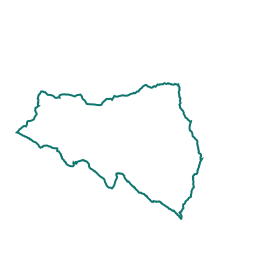 Socotá, Boyacá, Colombia (Mercator projection), rotated 302°
{"feature_id": "7082276B38564050638849", "entity_name": "Socotá", "entity_type": "district", "adm_level": 2, "iso_a3": "COL", "parent_name": "Colombia", "parent_adm1": "Boyacá", "projection": "mercator", "projection_center": [-72.569, 5.942], "detail": "fine", "context": "isolated", "style": "outline", "palette": "teal", "viewbox_px": 256, "rotation_deg": 302, "n_neighbors": 0, "source": "geoboundaries", "source_scale": "gbopen_adm2", "svg_char_len": 5748}
<svg xmlns="http://www.w3.org/2000/svg" viewBox="0 0 256 256"><g transform="rotate(302 128 128)"><path d="M126.0,63.5L124.6,59.2L123.6,58.0L123.0,56.4L122.0,54.9L120.0,52.9L118.8,52.8L118.0,53.2L117.5,53.8L117.1,52.6L115.8,51.6L115.3,50.9L115.1,49.8L115.5,48.2L115.6,46.9L114.6,44.1L113.7,42.6L113.7,42.2L113.7,41.6L114.5,38.8L113.8,37.8L113.9,36.3L112.7,34.9L110.8,35.2L110.2,35.2L109.1,34.7L108.4,35.0L107.5,35.0L106.4,35.6L105.0,35.9L105.0,36.3L104.3,37.2L102.4,38.0L102.0,38.5L101.7,38.3L100.9,38.7L100.6,38.7L100.0,39.4L99.3,39.8L99.5,40.5L98.0,40.0L96.9,39.6L96.3,38.9L96.0,39.0L93.9,39.8L92.7,41.4L92.1,42.5L91.2,43.3L90.7,43.2L87.9,43.0L86.2,43.5L85.4,43.5L83.7,42.6L81.7,40.9L81.3,39.9L80.4,39.3L79.3,39.4L77.6,40.3L76.5,40.6L75.3,40.7L74.7,39.0L74.1,38.4L70.2,37.2L69.2,36.7L67.6,36.7L65.3,36.1L65.9,38.1L65.7,39.9L66.0,41.6L65.8,42.8L66.3,44.0L66.1,45.2L66.7,46.7L66.4,48.2L67.0,49.7L66.9,50.1L66.4,50.5L66.4,50.9L66.9,52.1L66.3,54.2L66.9,57.3L66.2,61.0L65.3,62.1L64.9,64.2L65.9,64.8L66.4,65.5L67.1,65.4L67.6,65.7L68.4,66.0L69.0,67.1L69.6,67.6L70.4,69.1L70.4,70.5L71.2,72.2L71.2,72.7L70.9,73.6L71.4,75.4L71.8,76.3L73.0,78.2L73.2,78.8L73.1,79.0L71.4,79.8L70.9,80.3L71.5,81.7L70.8,83.1L70.1,85.1L69.7,85.5L69.1,85.7L68.5,87.3L68.2,87.5L67.6,87.6L67.3,88.0L67.0,89.0L66.9,90.3L66.1,91.5L66.1,92.4L65.8,92.9L65.9,93.5L65.3,93.9L64.7,95.4L64.8,97.7L65.2,99.6L66.4,101.6L67.0,101.8L67.9,101.7L68.5,101.4L69.0,100.4L69.8,100.1L69.6,100.7L70.1,100.6L70.3,101.6L70.3,102.6L71.3,102.1L71.3,103.0L72.2,102.7L75.6,105.6L76.3,106.4L76.6,106.4L76.6,106.7L77.3,107.4L77.1,107.9L77.1,108.9L77.6,109.5L77.5,110.5L77.7,111.2L77.1,112.6L76.9,113.6L76.0,114.6L75.4,115.0L75.1,115.0L74.0,116.4L73.7,118.0L73.9,118.9L73.8,120.6L73.5,121.8L73.8,122.7L73.4,123.4L73.5,124.7L73.0,126.3L72.2,129.9L72.2,132.8L72.1,134.4L71.7,135.3L70.0,137.2L67.9,140.5L67.4,141.9L67.3,143.1L68.3,145.3L68.2,146.4L68.7,146.6L71.0,146.7L72.8,146.5L76.9,145.3L78.6,145.2L80.5,144.8L80.9,144.5L81.7,143.2L83.1,142.4L83.6,143.2L84.1,143.2L84.3,143.4L84.6,144.4L84.8,144.4L84.8,144.7L85.3,145.5L85.4,146.3L85.8,146.6L86.2,147.9L85.7,149.1L85.5,150.1L84.7,150.6L83.6,152.4L83.0,153.8L82.9,154.7L82.2,155.7L82.4,156.0L82.8,156.3L82.9,156.8L82.6,156.9L82.7,157.4L81.6,160.6L81.3,162.2L81.0,162.8L81.0,163.6L81.3,164.0L81.4,164.3L80.8,164.9L80.9,165.9L80.4,166.3L79.9,168.3L80.0,168.9L79.0,171.3L79.3,172.4L79.7,172.6L79.7,172.9L80.0,173.5L79.8,174.4L80.1,174.9L80.1,175.4L80.6,176.8L80.3,177.4L80.3,177.8L80.1,178.1L80.2,178.6L79.9,178.9L80.2,179.5L80.2,180.0L80.1,180.3L79.8,180.3L79.5,181.1L78.9,183.6L78.8,184.8L78.3,185.8L78.1,187.5L78.6,187.9L78.6,188.3L79.2,188.2L79.5,188.3L79.9,189.8L80.5,190.5L80.4,191.1L80.8,191.5L81.0,192.1L81.8,192.7L82.4,193.8L82.4,194.2L82.1,194.9L82.3,195.3L82.0,195.8L82.2,196.1L81.7,197.3L81.9,199.6L81.6,201.9L81.9,203.2L81.5,204.9L81.2,205.4L81.5,205.9L81.4,206.6L81.7,207.2L81.4,209.2L81.6,210.1L82.2,210.5L82.2,210.9L81.8,211.5L81.5,213.1L81.1,213.9L81.1,215.2L80.5,216.0L80.6,217.2L80.5,217.8L79.9,218.6L79.4,220.3L79.1,220.9L79.3,221.3L81.0,220.6L81.9,219.9L82.3,219.1L83.2,217.9L83.3,216.8L83.6,216.5L84.4,216.8L85.2,217.5L88.1,217.2L89.0,217.6L89.7,217.4L90.2,216.6L92.4,215.3L93.4,216.0L94.4,216.2L96.0,215.8L97.6,216.1L98.9,216.7L101.0,216.6L102.4,217.6L103.3,217.8L104.8,216.7L106.4,216.4L107.8,215.4L110.8,214.9L112.7,215.3L113.5,214.4L115.2,212.9L117.2,212.0L118.8,210.4L119.8,210.2L120.0,209.5L120.7,209.3L121.3,208.8L122.3,208.7L122.7,208.9L123.0,208.8L123.3,209.0L124.0,208.9L124.9,209.7L125.3,210.6L125.8,210.6L127.2,210.5L128.6,209.5L129.2,209.6L129.5,209.3L130.0,209.4L130.4,209.1L132.3,208.9L132.9,208.6L133.5,208.6L133.8,208.1L135.2,208.0L137.1,207.2L139.8,207.2L140.7,207.1L139.9,206.6L139.8,206.2L141.3,205.3L141.7,204.8L143.0,204.9L143.2,204.6L144.1,203.9L144.5,202.8L144.2,202.3L144.2,201.6L144.7,200.8L145.4,200.7L146.1,200.2L146.6,199.3L147.6,198.9L148.0,198.2L148.7,197.8L148.9,197.3L149.7,196.8L150.5,195.8L150.9,195.6L151.3,195.0L152.7,194.4L153.6,193.7L154.2,192.8L154.4,190.9L155.0,189.4L155.3,187.2L157.3,185.6L158.0,184.8L158.7,183.3L158.7,182.3L158.9,181.6L160.6,180.2L161.5,179.7L163.8,178.7L166.5,178.1L167.0,177.9L166.4,177.4L166.4,176.8L166.8,175.2L166.8,174.3L167.2,173.7L167.4,172.5L167.3,171.3L168.7,169.3L169.7,167.5L170.2,167.2L170.6,167.1L171.8,165.3L171.8,164.1L172.5,162.9L172.8,161.4L174.5,160.2L175.1,159.2L176.8,159.4L177.5,158.9L178.5,157.6L180.9,156.8L181.2,155.7L181.6,155.6L181.8,154.9L182.3,154.7L182.7,154.2L184.1,153.4L184.5,152.6L185.3,152.1L186.1,151.9L186.6,151.6L187.1,151.7L188.0,151.3L188.4,150.7L188.8,150.7L189.6,150.3L190.5,148.7L191.3,147.9L190.6,147.8L190.9,146.9L190.9,146.2L190.3,145.2L190.2,144.3L189.6,144.2L188.9,143.7L188.2,142.5L188.2,141.6L187.7,140.9L187.7,139.7L187.2,139.2L187.3,138.5L187.1,138.2L186.0,137.6L185.6,137.1L185.5,135.5L184.7,134.8L183.5,134.4L183.1,133.5L182.2,132.5L182.0,132.0L181.4,131.8L181.3,131.5L180.9,131.2L180.6,130.0L178.0,129.7L177.9,129.5L177.6,129.4L177.6,128.9L177.4,128.6L177.4,128.2L176.9,128.1L176.7,127.6L174.9,127.0L174.5,126.5L174.1,123.7L173.7,122.8L174.2,120.8L174.0,120.5L173.2,119.6L171.6,118.9L170.4,118.5L169.3,118.5L167.2,117.6L166.4,117.7L165.9,117.4L164.5,117.5L163.8,116.4L163.5,116.2L161.3,115.7L161.0,115.3L160.9,114.3L159.9,113.9L158.5,112.4L155.3,110.5L153.7,108.1L152.9,106.1L151.5,104.8L150.8,104.0L149.8,103.2L148.7,102.0L148.1,100.7L148.0,99.5L143.4,99.5L143.7,98.5L143.6,97.8L143.2,97.2L142.6,96.7L141.5,94.6L141.0,94.5L140.5,94.1L139.2,94.0L138.8,93.7L136.2,93.0L133.7,93.2L132.7,92.4L132.4,91.7L131.4,90.2L130.1,87.0L127.1,81.5L126.6,80.3L128.4,76.7L128.7,74.1L129.0,73.5L130.3,72.2L131.1,70.1L130.5,69.2L128.7,67.3L127.9,66.7L126.7,66.3L126.4,65.7L126.0,63.5Z" fill="none" stroke="#0f766e" stroke-width="2"/></g></svg>